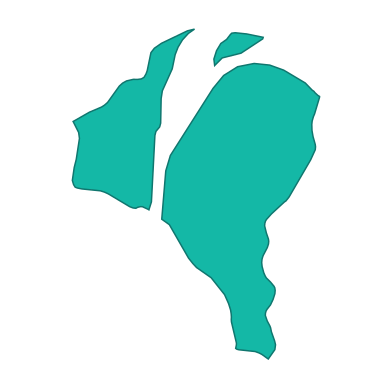 map outline of Essequibo Islands-West Demerara (Mercator projection), rotated 3°
{"feature_id": "GUY-678", "entity_name": "Essequibo Islands-West Demerara", "entity_type": "Region", "adm_level": 1, "iso_a3": "GUY", "parent_name": "Guyana", "parent_adm1": "", "projection": "mercator", "projection_center": [-58.442, 6.542], "detail": "fine", "context": "isolated", "style": "filled", "palette": "teal", "viewbox_px": 384, "rotation_deg": 3, "n_neighbors": 0, "source": "natural_earth", "source_scale": "10m", "svg_char_len": 1971}
<svg xmlns="http://www.w3.org/2000/svg" viewBox="0 0 384 384"><g transform="rotate(3 192 192)"><path d="M163.2,221.3L164.7,172.3L168.5,156.6L207.6,87.4L217.5,74.0L231.0,64.5L247.3,60.4L263.0,61.2L277.2,65.5L299.4,77.2L306.7,84.0L308.5,85.1L309.6,86.4L312.7,89.0L314.4,89.9L314.4,90.8L310.3,107.7L309.3,110.4L308.3,114.8L308.1,118.2L308.6,124.3L310.0,130.4L312.6,138.1L313.0,140.4L312.9,143.3L308.8,153.7L289.2,191.9L286.2,196.1L285.6,196.5L284.8,197.1L272.5,209.7L267.9,215.4L267.0,217.0L266.4,219.3L266.3,222.0L268.4,229.0L270.8,235.0L271.2,237.2L271.1,239.9L270.1,243.6L266.4,251.7L265.8,253.8L265.4,255.9L265.3,258.9L265.9,262.7L267.9,268.9L269.4,271.9L270.7,273.9L275.1,277.8L278.8,281.8L279.7,283.4L280.2,285.9L280.1,289.2L278.6,295.0L276.3,300.6L273.1,305.2L272.2,306.9L271.7,309.1L271.7,311.5L273.9,316.9L276.8,321.7L277.6,323.5L278.6,327.4L282.3,336.4L283.4,340.2L283.0,345.1L276.9,354.8L270.4,350.6L267.6,349.3L263.4,348.0L247.1,347.1L245.1,346.7L243.8,345.9L244.3,342.6L244.3,340.6L238.2,319.7L237.9,317.3L237.9,314.8L237.5,311.6L236.7,307.8L234.4,301.6L229.9,292.8L215.6,276.6L200.5,267.2L196.7,263.5L192.0,258.2L171.1,225.8L163.3,220.8L163.2,221.3ZM186.0,29.2L180.1,33.8L174.5,40.6L170.5,48.1L168.0,55.7L165.8,70.1L157.1,92.5L156.3,100.4L157.1,124.9L156.3,128.7L152.8,133.4L152.0,137.5L152.0,204.0L149.9,212.1L149.1,211.6L143.3,209.3L141.4,209.3L138.6,210.1L136.8,211.2L133.9,211.0L130.5,209.9L108.4,198.2L104.6,196.7L100.4,195.6L81.8,194.7L77.2,194.0L75.1,193.3L73.4,190.9L71.9,186.7L73.1,173.7L74.7,165.5L76.8,144.4L75.7,138.5L69.6,127.8L85.5,117.6L97.2,111.9L100.0,109.9L103.0,107.0L113.9,90.0L117.0,86.9L120.8,84.5L127.4,82.6L131.9,82.4L135.5,81.7L138.1,80.0L139.9,76.5L140.9,73.3L143.7,55.0L146.9,50.4L153.7,45.1L179.0,31.3L186.0,29.2ZM238.4,31.3L255.0,33.8L254.6,35.4L233.7,50.8L215.2,56.5L208.0,64.5L206.9,58.1L209.1,49.6L213.0,42.2L218.6,37.8L222.1,32.7L223.4,31.3L226.8,30.7L238.4,31.3Z" fill="#14b8a6" stroke="#0f766e" stroke-width="1.5"/></g></svg>